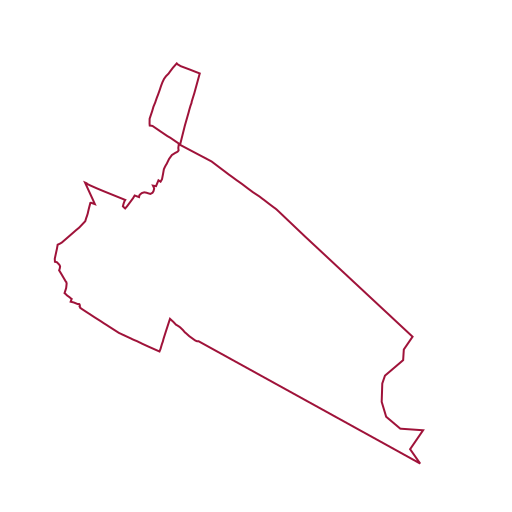 San Antonio de la Cal, Oaxaca, Mexico, rotated 10°
{"feature_id": "50627088B70630919067736", "entity_name": "San Antonio de la Cal", "entity_type": "district", "adm_level": 2, "iso_a3": "MEX", "parent_name": "Mexico", "parent_adm1": "Oaxaca", "projection": "albers", "projection_center": [-96.703, 17.028], "detail": "fine", "context": "isolated", "style": "outline", "palette": "rose", "viewbox_px": 512, "rotation_deg": 10, "n_neighbors": 0, "source": "geoboundaries", "source_scale": "gbopen_adm2", "svg_char_len": 2801}
<svg xmlns="http://www.w3.org/2000/svg" viewBox="0 0 512 512"><g transform="rotate(10 256 256)"><path d="M81.4,333.2L84.6,333.4L88.8,334.3L89.7,334.1L90.0,334.0L90.4,334.1L91.1,335.1L91.0,336.4L91.7,336.9L91.8,337.5L93.4,338.3L95.5,339.2L98.3,340.4L107.9,344.5L114.3,347.1L117.9,348.7L120.9,349.9L123.0,350.8L134.5,355.6L147.7,359.1L148.5,359.4L151.0,360.0L153.5,360.5L156.5,361.4L157.1,361.5L158.9,362.1L165.8,363.9L177.5,366.8L178.1,364.1L178.2,363.1L178.5,360.3L178.7,358.7L179.1,356.5L179.3,353.8L179.7,350.7L180.4,345.5L182.2,332.8L183.6,333.7L186.0,335.2L189.2,337.6L190.2,337.9L192.4,338.8L193.8,339.5L194.8,340.2L195.7,340.8L196.9,341.6L197.6,342.2L199.3,343.6L200.3,344.1L203.8,346.3L204.1,346.5L207.0,347.9L210.7,349.7L211.8,350.0L212.8,350.2L213.4,350.1L214.2,349.9L425.5,422.2L453.7,431.9L441.3,419.5L450.8,398.6L428.1,401.0L412.1,391.7L405.1,377.8L402.5,359.6L403.8,351.4L419.0,333.0L417.8,322.4L424.2,308.3L300.9,228.3L269.1,207.2L268.0,206.5L266.3,205.6L265.2,205.1L259.5,202.2L253.8,199.2L252.7,198.7L249.1,196.8L241.4,193.5L240.9,193.2L235.9,190.7L229.7,187.5L226.1,185.8L225.9,185.7L223.7,184.7L221.7,183.7L219.7,182.7L216.8,181.3L215.3,180.6L195.8,170.6L165.6,160.9L161.9,159.7L163.3,139.8L164.7,126.4L164.9,123.8L165.4,119.3L165.9,116.6L165.9,114.9L167.0,106.3L168.9,86.0L162.9,84.8L159.0,84.0L148.8,82.1L147.3,81.5L145.6,80.9L144.5,80.1L141.5,85.0L139.6,88.7L138.2,91.6L136.1,94.6L134.7,97.5L133.7,101.1L133.0,104.7L132.4,108.9L131.5,114.2L130.9,117.1L130.3,120.8L130.1,122.3L129.1,126.7L128.6,131.3L127.4,139.3L128.2,144.2L128.7,146.0L130.1,145.9L131.5,145.9L140.3,149.9L147.9,153.3L151.0,154.4L156.3,156.8L160.3,158.6L160.6,160.1L160.7,163.1L161.4,165.3L161.4,165.5L161.0,166.3L160.7,166.8L159.7,167.7L158.9,168.2L155.6,171.2L153.5,175.6L152.0,180.9L151.4,182.3L150.8,184.2L150.2,186.5L150.2,191.7L150.1,196.7L149.5,198.3L149.1,199.4L146.8,198.4L145.4,204.6L142.3,204.6L142.8,205.3L143.2,205.8L144.0,207.3L143.8,209.9L143.1,211.7L141.2,213.2L139.2,213.0L137.1,212.7L134.9,212.7L132.7,213.8L131.5,215.1L130.6,216.5L130.6,218.3L126.0,217.5L124.9,220.4L120.4,229.4L118.9,231.9L118.2,231.5L116.3,230.2L116.5,227.5L117.0,224.7L117.5,223.5L111.9,222.3L107.2,221.3L94.5,218.6L87.4,217.0L80.5,215.3L77.4,214.4L76.6,213.8L74.9,213.4L79.1,219.5L85.4,228.6L88.3,232.9L84.2,232.2L83.6,232.6L83.6,233.0L83.2,237.9L83.0,241.1L82.9,243.5L82.6,245.8L82.2,248.1L81.8,251.4L77.3,258.2L76.9,258.8L74.3,261.8L71.9,264.8L62.4,276.5L60.5,278.1L58.7,279.3L58.7,283.2L58.3,293.7L59.0,296.6L61.0,296.7L62.5,297.8L63.5,298.5L64.3,299.3L64.9,300.4L64.9,302.6L64.6,304.3L66.9,306.9L69.8,310.3L73.1,314.2L73.7,314.6L74.3,316.0L74.5,318.7L74.6,320.6L73.9,325.8L75.3,326.6L76.5,327.5L77.9,328.2L79.4,328.9L81.4,330.1L81.9,330.3L81.8,331.0L81.4,333.2Z" fill="none" stroke="#9f1239" stroke-width="2"/></g></svg>